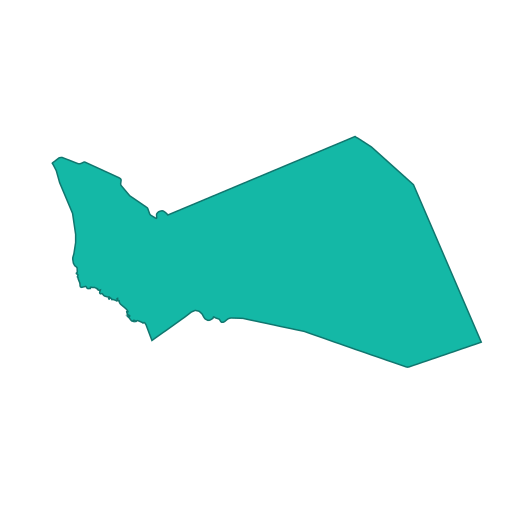 the Department of Diffa, rotated 67°
{"feature_id": "NER-796", "entity_name": "Diffa", "entity_type": "Department", "adm_level": 1, "iso_a3": "NER", "parent_name": "Niger", "parent_adm1": "", "projection": "orthographic", "projection_center": [13.155, 15.532], "detail": "fine", "context": "isolated", "style": "filled", "palette": "teal", "viewbox_px": 512, "rotation_deg": 67, "n_neighbors": 0, "source": "natural_earth", "source_scale": "10m", "svg_char_len": 3766}
<svg xmlns="http://www.w3.org/2000/svg" viewBox="0 0 512 512"><g transform="rotate(67 256 256)"><path d="M293.1,384.8L276.2,384.1L274.2,384.5L273.5,385.0L273.6,386.2L272.5,386.9L269.8,389.5L269.3,390.1L269.0,390.8L269.0,391.1L269.3,391.6L269.4,392.0L269.2,392.6L268.8,392.7L268.3,392.6L268.0,392.8L267.4,393.7L267.5,394.1L268.5,394.2L267.2,395.8L265.6,396.4L263.7,396.8L261.9,397.6L262.1,397.0L262.3,396.3L262.1,395.8L261.5,395.6L261.1,395.9L260.6,397.1L260.1,397.6L260.1,396.8L260.1,396.6L259.0,397.0L257.7,397.0L256.9,396.8L257.3,396.1L257.3,395.6L255.4,395.8L253.6,396.4L247.5,399.5L245.6,399.9L243.7,399.5L243.4,400.6L242.8,400.7L241.9,400.2L240.9,399.9L240.9,400.5L241.4,400.6L241.9,400.9L242.4,401.3L242.8,401.9L241.9,402.6L240.0,404.8L239.9,405.0L240.0,405.5L239.8,405.8L239.2,405.7L238.7,405.9L237.8,406.2L237.6,406.5L237.9,407.3L238.3,407.8L238.3,408.1L237.4,408.2L237.2,407.9L236.8,407.4L236.4,407.1L236.2,407.4L235.7,408.6L233.9,410.8L232.8,411.6L231.3,412.0L230.5,412.3L230.0,414.0L229.4,414.3L228.3,414.1L227.7,413.6L227.1,413.0L226.4,412.5L226.3,413.6L226.1,414.0L225.7,414.5L225.2,414.8L224.7,415.0L224.5,414.6L224.1,414.8L221.6,417.2L221.4,418.3L220.5,419.6L220.1,420.6L221.2,421.1L220.7,422.6L220.4,423.4L219.8,424.0L219.3,424.1L217.7,424.4L217.4,424.7L216.8,428.4L216.5,429.2L215.6,429.7L214.4,429.5L213.1,429.0L211.6,428.7L209.7,428.7L207.3,428.6L206.2,428.2L205.5,428.6L205.0,428.3L204.5,427.7L203.8,427.3L203.2,427.4L202.7,427.7L202.4,428.1L202.2,428.2L201.6,428.1L201.5,427.9L201.5,427.5L201.2,427.0L200.5,426.6L197.0,425.3L195.9,425.6L194.4,426.5L193.5,426.7L191.2,426.9L187.2,425.9L185.8,425.2L182.7,422.7L173.2,416.8L165.7,413.6L145.1,408.2L111.8,408.1L99.4,406.5L92.8,407.0L91.0,407.3L90.8,407.0L88.7,398.9L88.9,397.8L89.4,396.1L101.3,383.9L101.9,383.1L102.1,382.6L102.3,382.0L102.4,381.2L102.4,379.3L102.3,377.9L102.4,377.3L102.7,376.8L130.6,351.4L132.0,350.5L132.9,350.4L133.8,350.7L136.5,352.3L137.4,352.6L137.9,352.7L138.8,352.5L151.2,348.7L168.4,337.7L169.3,337.2L169.9,337.1L175.5,337.4L176.5,337.3L177.4,336.9L182.0,333.6L182.4,333.0L182.1,332.5L179.3,331.5L178.6,331.1L178.1,330.4L177.7,329.7L177.3,328.6L177.2,327.6L177.4,326.0L177.6,325.1L178.0,324.2L178.6,323.6L180.5,322.4L182.4,321.5L183.6,321.3L183.8,321.1L184.7,118.1L186.1,117.3L187.2,116.3L200.8,107.1L251.9,83.2L422.8,82.3L423.3,82.3L423.3,82.9L423.1,86.1L422.9,89.3L422.6,92.5L422.4,95.7L422.2,98.9L421.9,102.1L421.7,105.3L421.5,108.5L421.3,111.8L421.0,115.0L420.8,118.2L420.6,121.4L420.3,124.6L420.1,127.8L419.9,131.0L419.6,134.2L419.4,137.4L419.2,140.6L418.9,143.8L418.7,147.0L418.5,150.2L418.2,153.4L418.0,156.6L417.9,158.4L417.7,159.2L417.5,160.0L416.6,161.3L414.3,163.8L410.6,167.9L406.9,172.0L403.2,176.2L399.4,180.3L395.7,184.4L392.0,188.6L388.2,192.7L384.5,196.8L380.8,201.0L377.0,205.1L373.3,209.2L369.5,213.3L365.8,217.5L362.0,221.6L358.2,225.7L354.5,229.8L351.9,232.7L348.0,237.0L344.3,241.0L342.4,243.7L340.4,246.6L338.4,249.5L336.4,252.3L334.4,255.2L332.4,258.1L330.4,261.0L328.4,263.8L326.3,266.7L324.3,269.6L322.3,272.4L320.3,275.3L318.3,278.2L316.3,281.0L314.3,283.9L312.3,286.8L310.3,289.6L308.3,292.4L306.5,296.2L304.3,301.0L303.3,303.2L303.0,304.5L302.9,306.0L303.2,307.5L304.1,310.5L304.2,311.9L303.6,313.5L302.6,314.1L301.3,314.2L299.9,314.5L299.3,315.0L297.1,317.5L295.8,318.4L295.5,318.8L295.6,319.2L296.4,319.8L296.6,320.2L297.0,322.9L296.9,324.2L296.4,325.5L294.1,327.4L293.0,327.7L291.4,328.0L288.7,328.2L286.2,329.2L284.5,330.1L282.3,333.2L282.3,337.4L283.6,342.3L284.5,345.8L285.2,349.1L285.7,351.3L286.2,353.5L286.7,355.8L287.2,358.0L287.7,360.2L288.2,362.5L288.7,364.7L289.2,366.9L289.7,369.2L290.1,371.4L290.6,373.6L291.1,375.9L291.6,378.1L292.1,380.4L292.6,382.6L293.1,384.8Z" fill="#14b8a6" stroke="#0f766e" stroke-width="1.5"/></g></svg>